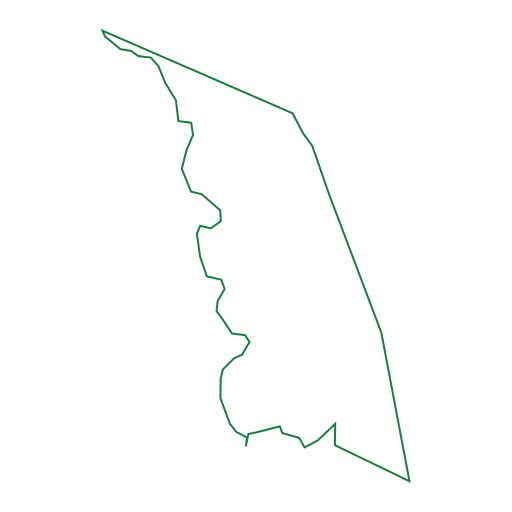 Umatac, Guam (Equal Earth projection)
{"feature_id": "77769853B97114790292533", "entity_name": "Umatac", "entity_type": "district", "adm_level": 2, "iso_a3": "GUM", "parent_name": "Guam", "parent_adm1": "", "projection": "equal_earth", "projection_center": [144.66, 13.31], "detail": "fine", "context": "isolated", "style": "outline", "palette": "green", "viewbox_px": 512, "rotation_deg": 0, "n_neighbors": 0, "source": "geoboundaries", "source_scale": "gbopen_adm2", "svg_char_len": 850}
<svg xmlns="http://www.w3.org/2000/svg" viewBox="0 0 512 512"><path d="M102.5,30.7L105.0,36.5L120.5,49.2L131.0,50.9L138.3,56.1L150.9,57.6L158.6,66.5L165.1,82.6L175.9,100.3L178.4,121.1L191.2,122.7L193.0,134.9L186.5,150.3L181.8,168.8L191.0,191.6L201.6,194.2L220.2,210.3L220.8,221.2L210.8,228.3L200.2,225.8L196.9,233.8L200.1,256.7L206.9,276.3L221.3,279.7L224.6,289.1L218.9,298.8L217.7,300.8L216.5,310.9L221.5,317.8L227.8,327.2L232.0,333.5L245.2,335.2L249.5,342.0L242.0,354.7L234.2,358.2L222.9,369.4L220.7,378.0L220.4,398.1L229.9,423.8L236.2,431.8L247.1,437.6L245.8,446.4L248.4,434.0L256.2,432.4L279.8,426.4L282.3,433.0L299.2,437.9L304.6,447.4L317.8,440.4L335.2,423.8L334.9,445.2L365.5,460.0L390.6,472.1L409.5,481.3L381.3,332.5L329.1,194.4L312.3,146.0L303.1,133.3L295.8,119.4L292.6,113.3L102.5,30.7Z" fill="none" stroke="#15803d" stroke-width="2"/></svg>